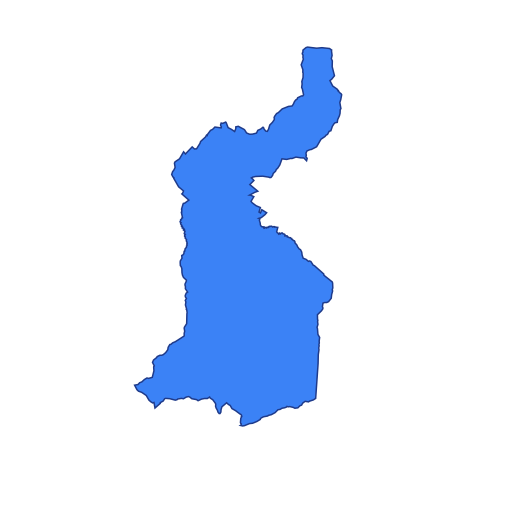 the district of Suseni, Harghita, Romania, rotated 329°
{"feature_id": "2599482B84922029149234", "entity_name": "Suseni", "entity_type": "district", "adm_level": 2, "iso_a3": "ROU", "parent_name": "Romania", "parent_adm1": "Harghita", "projection": "orthographic", "projection_center": [25.567, 46.618], "detail": "fine", "context": "isolated", "style": "filled", "palette": "blue", "viewbox_px": 512, "rotation_deg": 329, "n_neighbors": 0, "source": "geoboundaries", "source_scale": "gbopen_adm2", "svg_char_len": 6141}
<svg xmlns="http://www.w3.org/2000/svg" viewBox="0 0 512 512"><g transform="rotate(329 256 256)"><path d="M268.6,358.6L268.7,355.1L271.2,350.1L271.6,348.6L273.9,346.5L274.9,344.1L276.0,342.8L276.1,342.0L278.4,338.0L283.9,336.7L286.1,335.7L286.7,334.7L286.8,333.7L289.1,330.9L290.8,331.2L292.7,332.3L294.7,332.5L298.7,331.0L301.0,328.0L303.7,325.4L303.9,324.3L305.4,322.9L307.7,318.7L308.0,317.5L304.3,307.5L304.8,306.3L301.1,294.4L300.3,293.3L300.2,289.0L299.3,287.8L298.2,287.6L297.2,284.7L295.3,282.2L296.0,279.0L297.2,276.2L297.4,273.4L296.7,272.4L296.4,269.6L296.7,267.6L296.2,264.8L296.8,263.5L296.7,262.7L296.0,262.0L295.8,260.7L295.3,260.2L295.5,259.5L295.2,259.4L295.0,258.1L293.9,257.4L293.4,256.3L292.7,255.8L293.1,255.2L293.0,254.7L291.1,253.6L291.8,252.8L291.7,252.0L290.5,250.8L290.5,249.9L289.6,249.4L288.3,249.7L287.8,249.4L288.0,248.6L286.7,248.9L286.7,247.7L286.2,246.9L286.2,245.9L289.4,242.7L287.4,241.1L287.2,240.6L286.7,240.7L286.4,240.0L285.1,239.7L284.8,238.6L284.3,238.2L283.9,238.3L283.2,237.6L282.5,237.8L282.1,237.4L281.3,237.9L280.4,237.0L279.6,237.5L278.9,236.5L277.2,236.4L277.1,235.3L277.7,235.1L276.0,233.8L275.7,232.6L275.8,231.5L276.5,230.1L277.3,227.1L278.5,226.1L277.8,225.2L280.4,225.8L284.9,225.2L287.4,224.4L284.8,219.3L282.0,221.4L281.2,219.9L284.7,216.7L282.0,213.0L280.1,208.3L279.9,206.6L284.7,204.0L282.7,201.1L281.9,200.5L287.8,200.8L290.9,201.4L287.5,191.6L293.1,190.2L292.8,188.3L292.2,186.7L293.8,186.7L296.6,187.6L302.8,191.0L307.6,195.0L308.3,196.0L309.4,196.4L311.7,195.5L313.3,194.1L316.4,193.4L318.1,192.2L319.6,192.0L323.3,190.2L328.3,186.1L332.0,189.0L335.9,190.2L337.1,191.0L341.2,191.8L344.9,194.9L347.5,196.6L348.4,200.4L350.2,198.6L349.9,197.0L350.2,196.3L351.0,195.6L351.5,194.2L352.0,193.4L353.8,192.2L356.9,192.6L358.3,193.2L364.2,193.6L371.8,189.4L376.7,189.1L378.3,188.5L379.9,188.6L382.9,186.8L384.7,187.2L388.2,184.2L391.0,182.8L392.3,182.5L394.5,183.3L396.2,181.2L399.8,178.7L401.5,177.0L403.5,174.0L404.7,173.4L406.9,167.6L409.1,165.7L412.5,161.9L412.5,160.7L411.9,159.3L411.6,157.6L411.8,156.8L411.4,156.8L411.5,154.8L409.3,149.8L409.7,143.7L411.8,143.5L416.1,141.9L418.8,133.0L421.9,128.1L422.2,125.6L424.5,123.3L426.6,118.5L426.9,118.4L425.9,116.0L419.8,111.4L415.0,109.1L407.8,103.5L406.2,103.1L402.3,103.7L401.1,105.5L400.1,106.0L399.7,107.0L399.8,108.0L398.4,110.1L398.0,111.6L393.2,115.4L392.1,120.5L390.7,122.7L390.6,123.5L388.2,127.3L385.2,130.0L384.1,132.3L381.9,135.1L381.8,136.6L379.8,142.3L378.5,142.9L377.4,142.2L373.2,141.8L372.0,142.7L370.4,142.7L368.6,143.4L366.0,145.2L364.1,146.0L360.9,144.5L354.2,143.4L349.0,144.6L347.0,144.5L343.8,145.9L342.7,146.8L342.4,147.9L341.9,148.5L338.9,149.9L335.3,150.8L332.1,153.7L329.9,155.0L328.7,154.0L328.3,151.3L328.6,149.8L328.3,149.2L325.3,149.6L322.3,149.2L319.7,150.9L315.7,149.7L313.3,148.4L311.3,145.7L311.2,141.9L310.8,141.0L307.6,135.7L305.2,134.9L304.3,136.4L301.8,138.3L300.1,134.7L298.2,131.6L299.1,126.5L299.0,125.6L295.9,125.2L294.6,124.1L293.2,125.3L292.9,125.9L292.8,127.5L292.1,128.2L287.2,124.3L284.0,125.1L281.7,124.9L276.6,127.0L276.3,127.5L275.9,126.9L273.9,128.0L267.5,129.3L266.0,130.6L260.3,133.5L258.4,132.6L257.5,129.6L248.1,132.2L247.6,129.4L240.5,133.3L235.1,133.6L233.9,134.4L232.3,138.4L230.1,139.9L227.9,140.8L225.7,142.7L225.5,145.4L225.9,146.8L225.5,147.1L225.3,156.9L227.4,162.9L225.4,164.4L224.4,164.6L227.2,173.5L222.0,174.0L220.8,173.5L219.9,174.2L216.3,177.5L216.4,177.8L214.8,180.3L214.5,180.2L212.7,185.4L211.9,185.3L211.5,185.9L210.1,186.1L209.9,186.7L208.7,187.3L208.5,188.1L208.8,188.7L208.5,188.7L207.9,189.8L208.2,190.9L207.9,191.3L208.1,191.6L207.5,192.1L207.9,192.6L207.7,192.8L208.0,193.3L207.4,193.8L207.8,194.0L207.6,194.6L208.0,194.9L207.8,195.3L208.0,195.2L208.3,196.1L208.0,196.2L208.2,196.4L208.0,197.0L207.4,196.9L207.8,198.3L206.9,198.9L206.4,200.0L206.1,200.0L206.4,201.2L205.6,201.3L205.5,201.6L205.0,202.3L205.2,202.6L204.5,202.8L205.0,202.9L204.9,203.9L204.5,204.3L204.9,206.2L204.0,207.1L204.0,208.7L203.3,209.4L203.4,210.0L202.6,210.6L202.6,211.2L202.1,211.6L201.6,211.6L200.8,212.8L199.1,213.2L197.3,215.2L196.8,215.0L195.3,216.9L193.5,217.5L192.6,217.3L191.4,219.8L188.5,221.3L187.5,222.8L186.2,225.3L186.4,226.5L185.9,228.7L184.0,232.1L183.1,234.5L182.8,237.1L183.9,240.8L183.3,241.7L180.7,243.5L180.2,244.3L179.7,246.0L178.6,247.7L178.8,251.7L177.0,251.9L175.0,253.4L174.4,254.6L174.5,256.6L172.5,257.6L172.2,259.3L170.3,261.6L169.2,265.7L168.8,265.8L168.8,266.8L167.6,269.4L167.1,269.8L161.7,278.3L157.9,280.2L157.2,281.0L156.1,283.8L154.6,285.3L153.4,287.4L152.9,287.6L142.6,287.9L139.9,287.5L137.5,287.9L136.5,287.5L133.7,289.0L132.1,290.9L128.8,292.3L125.6,292.8L124.0,292.5L122.5,291.6L119.5,291.3L118.4,291.9L114.6,292.4L112.5,293.9L112.2,297.8L111.4,298.1L110.8,299.0L109.4,301.8L104.6,306.6L100.9,305.6L99.7,304.4L96.6,304.4L93.3,305.1L91.0,304.7L88.7,305.4L85.4,304.2L85.1,309.2L85.3,310.2L85.7,311.4L87.8,314.0L90.1,319.0L90.0,324.5L90.8,326.9L91.8,328.8L93.1,329.0L91.1,334.3L98.1,333.0L98.4,332.4L101.8,332.5L104.1,331.3L105.2,331.5L108.6,333.9L112.6,338.0L114.3,338.5L115.3,338.3L118.7,339.6L120.3,341.0L123.5,341.0L125.7,341.7L126.6,342.8L127.4,345.2L131.1,348.5L131.8,350.2L135.6,350.6L138.4,351.6L140.9,353.1L143.6,353.0L143.6,354.4L144.9,356.9L145.3,360.9L145.2,362.2L143.9,364.1L143.5,366.0L143.5,368.1L143.0,370.4L143.3,372.1L144.0,372.5L145.5,371.7L146.9,369.7L149.1,367.7L155.2,366.7L155.9,369.1L156.9,370.8L156.8,374.4L158.8,378.0L161.0,383.4L161.5,384.1L161.6,385.2L160.8,386.0L161.0,386.3L159.4,387.3L156.9,390.7L156.7,391.6L156.9,392.4L156.1,393.2L155.4,393.2L157.0,394.8L158.8,395.5L164.1,396.3L166.9,397.6L171.5,398.3L175.5,398.3L176.1,397.7L177.2,397.5L179.7,397.7L183.7,399.2L184.5,399.0L187.4,399.9L191.7,400.1L195.6,399.1L197.7,399.9L199.9,399.9L202.6,400.9L204.6,401.2L205.0,400.9L206.3,402.1L207.3,402.4L209.9,404.9L210.9,406.5L213.7,407.7L216.4,407.0L218.3,407.3L220.1,406.2L222.7,405.9L223.3,405.9L225.9,408.1L227.1,408.0L231.0,408.9L233.8,408.8L253.8,380.2L258.6,372.6L261.7,368.8L262.4,367.1L263.9,365.5L264.1,364.6L265.5,363.1L266.3,361.5L268.6,358.6Z" fill="#3b82f6" stroke="#1e3a8a" stroke-width="1.5"/></g></svg>